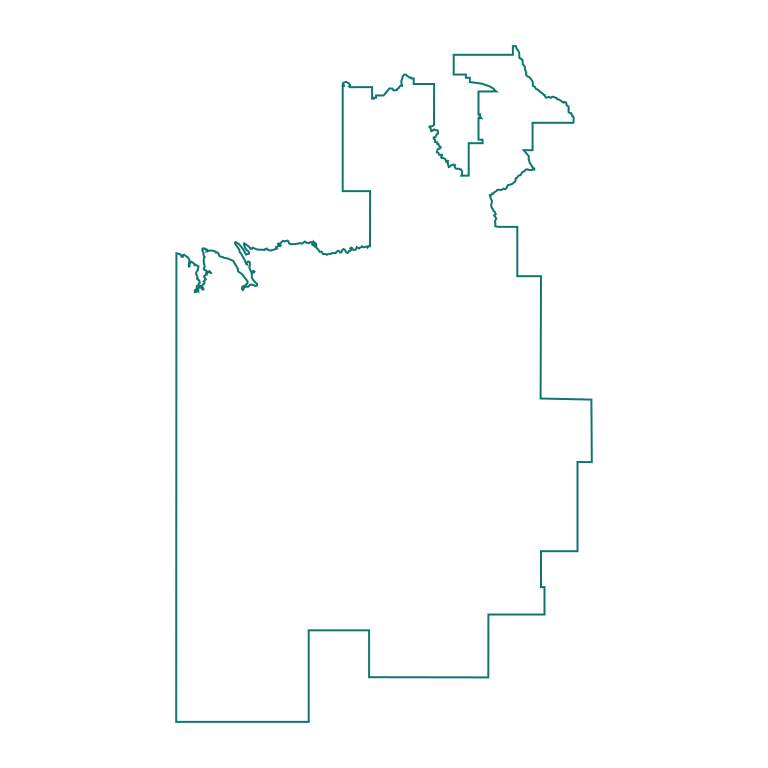 Victoria Daly, Northern Territory, Australia
{"feature_id": "25037944B16072859725230", "entity_name": "Victoria Daly", "entity_type": "district", "adm_level": 2, "iso_a3": "AUS", "parent_name": "Australia", "parent_adm1": "Northern Territory", "projection": "mercator", "projection_center": [130.631, -15.929], "detail": "fine", "context": "isolated", "style": "outline", "palette": "teal", "viewbox_px": 768, "rotation_deg": 0, "n_neighbors": 0, "source": "geoboundaries", "source_scale": "gbopen_adm2", "svg_char_len": 6026}
<svg xmlns="http://www.w3.org/2000/svg" viewBox="0 0 768 768"><path d="M176.2,721.9L308.7,721.9L308.7,630.3L369.1,630.3L369.1,677.2L488.3,677.4L488.4,614.5L544.5,614.5L544.5,587.1L541.0,587.1L541.0,551.2L577.5,551.2L577.5,462.0L591.8,462.1L591.4,399.6L540.6,398.5L541.0,276.2L517.3,276.2L517.3,226.9L498.0,226.9L495.2,226.1L495.4,223.2L494.8,221.5L496.3,218.4L494.1,215.4L495.6,214.4L495.6,213.6L494.6,211.7L493.4,210.9L493.0,209.4L491.6,207.5L491.2,205.1L492.0,201.1L489.9,196.3L490.3,196.0L490.0,195.0L491.7,194.7L492.3,193.4L493.4,193.6L494.2,192.3L496.2,191.2L497.2,190.0L498.7,189.7L500.8,190.1L503.5,188.7L505.2,189.3L506.5,188.0L507.7,185.3L512.1,184.0L514.7,181.9L515.5,181.0L515.7,178.3L517.0,177.8L518.6,175.6L520.5,175.2L522.1,172.4L525.1,170.6L525.5,169.7L527.4,169.3L529.5,170.1L531.7,170.0L533.2,168.7L534.6,170.3L534.1,168.5L532.4,167.1L529.8,162.8L528.7,159.5L528.7,156.1L523.7,150.2L532.6,150.2L532.6,122.8L573.2,122.8L573.6,121.3L573.7,117.7L573.3,116.8L572.1,116.0L572.2,115.0L571.5,114.5L571.3,113.2L569.2,112.7L568.6,112.2L568.5,109.4L568.9,108.8L568.5,107.9L568.6,106.6L566.6,105.3L566.2,102.5L564.3,101.9L564.0,102.5L563.3,102.6L559.1,99.6L557.2,99.2L556.6,98.0L555.6,97.9L554.6,97.2L552.4,96.7L550.9,97.9L548.9,96.9L546.2,97.8L545.2,96.7L544.7,95.0L543.5,94.7L542.6,93.4L540.5,92.2L538.1,89.8L535.9,88.8L534.9,86.9L533.1,86.1L532.7,84.9L532.9,82.6L532.3,80.9L529.4,77.1L527.9,76.7L525.9,74.7L526.3,72.9L524.8,68.7L525.0,67.0L522.8,64.1L522.5,59.9L521.5,59.5L521.2,58.6L519.4,58.0L519.2,52.8L518.2,50.6L516.8,49.2L515.8,46.1L512.9,46.1L512.9,54.8L453.7,54.8L453.7,74.5L465.9,74.5L465.9,77.8L469.8,77.8L469.8,82.0L481.9,83.7L489.0,86.1L492.8,88.2L494.2,89.4L494.2,89.9L496.1,91.4L478.5,91.5L478.5,114.5L480.0,114.4L480.0,115.4L479.5,115.8L481.3,118.2L478.5,118.0L478.5,139.7L482.5,139.7L482.6,143.2L468.7,143.2L468.7,175.6L461.3,175.7L462.0,174.3L462.1,171.3L461.7,170.6L460.9,169.4L460.1,169.5L459.2,168.7L456.3,168.8L455.5,168.3L454.5,166.5L455.1,165.3L454.6,164.7L452.6,164.7L450.5,165.8L449.2,167.2L448.8,167.1L447.7,163.3L447.9,160.9L447.1,160.8L446.6,161.8L446.2,161.8L445.4,159.2L443.3,158.0L441.8,158.1L441.3,157.7L441.2,156.8L442.1,155.4L442.0,154.8L439.3,154.9L438.5,153.1L436.8,152.1L437.8,149.1L440.1,148.4L440.7,147.1L438.9,145.8L438.6,144.2L437.3,143.9L437.2,142.3L435.2,142.1L435.1,139.5L433.8,138.8L433.5,138.1L433.9,137.4L435.7,136.7L436.5,134.6L438.0,133.5L437.8,130.6L437.3,130.2L435.4,130.3L434.1,129.4L431.8,131.2L431.2,131.1L430.6,128.4L428.8,126.3L429.7,126.8L430.9,126.2L431.7,126.4L434.0,125.1L434.1,84.0L413.7,84.0L413.7,78.4L411.4,78.5L410.9,77.5L409.8,77.7L406.7,75.6L406.2,74.7L404.2,74.6L402.8,76.3L401.2,82.0L402.1,85.8L400.7,85.6L399.3,86.8L398.8,88.0L397.1,89.0L396.9,90.0L393.8,90.5L392.3,88.6L389.4,88.5L383.6,95.5L376.1,95.4L376.1,97.6L373.8,97.7L373.8,98.7L372.1,98.7L372.1,87.1L349.9,87.2L349.0,86.3L350.0,85.6L350.1,85.0L348.9,83.4L346.1,81.9L343.2,82.8L343.0,83.6L344.2,85.8L343.8,86.0L342.7,85.4L342.7,191.1L370.1,191.1L370.0,246.2L369.0,245.9L367.7,247.5L367.3,246.5L363.9,247.3L362.0,246.3L361.6,247.1L360.0,247.6L359.0,248.5L356.8,247.0L355.8,249.6L353.3,250.0L352.0,248.0L351.0,247.6L350.3,248.4L351.0,249.3L350.7,250.6L349.0,251.0L348.2,252.5L347.4,253.0L346.1,252.2L344.8,249.7L343.3,249.1L341.9,250.4L341.5,252.3L340.0,252.4L338.6,250.8L338.2,250.8L336.5,251.8L335.6,253.2L332.4,253.0L330.9,253.9L328.3,253.9L327.0,254.8L325.9,254.1L323.0,254.0L321.4,251.6L319.6,251.8L318.0,249.2L316.8,248.3L316.4,247.0L315.3,246.9L314.5,246.0L316.2,245.5L316.1,243.8L314.5,242.5L314.9,243.6L313.6,245.2L312.6,245.2L312.1,243.5L313.3,242.7L312.5,242.1L310.3,242.1L308.9,243.2L307.5,242.7L306.4,242.9L305.0,241.5L302.1,243.6L301.0,243.6L300.1,243.1L295.3,244.1L290.4,244.1L289.1,243.4L288.4,241.3L287.7,240.8L286.7,240.6L284.9,241.4L282.7,240.8L280.3,243.5L278.1,243.7L278.2,244.8L279.6,244.4L280.7,245.2L280.2,246.0L279.2,245.9L276.0,247.1L276.9,248.6L276.5,248.8L270.6,250.6L267.0,249.4L266.8,248.6L263.9,249.6L264.0,249.9L257.0,249.5L252.7,247.7L252.2,247.9L252.1,248.6L250.7,248.9L249.0,246.7L244.3,243.3L243.9,244.4L245.3,248.3L246.9,250.4L248.4,251.3L249.1,252.8L249.1,253.5L246.0,254.6L242.7,248.5L238.9,244.1L235.9,242.2L235.3,242.2L235.0,242.8L235.2,243.9L238.8,248.9L239.5,250.4L239.5,252.0L240.8,253.1L245.1,260.9L246.2,263.9L246.9,264.3L246.5,262.7L248.0,261.6L249.3,261.7L249.7,262.2L249.9,264.5L249.4,267.7L251.0,271.7L251.6,272.1L253.6,270.8L254.5,271.6L254.2,272.1L253.5,271.9L252.7,272.9L251.7,273.1L251.9,277.6L253.4,280.4L257.1,284.0L257.0,285.4L255.3,286.1L253.7,285.0L251.5,284.6L250.1,284.8L248.3,286.7L244.8,286.8L243.5,288.6L243.4,289.6L242.7,289.9L241.9,288.8L242.3,286.9L242.7,286.3L243.6,286.3L245.3,285.3L247.2,283.7L247.6,282.5L247.4,281.1L241.8,273.9L238.1,271.4L237.8,268.6L233.1,260.8L227.5,258.4L224.5,257.9L224.4,258.8L224.3,257.9L222.5,256.9L221.1,256.8L219.5,256.1L218.7,254.0L217.5,252.5L215.7,252.4L215.7,251.9L213.6,250.8L210.4,250.5L206.5,251.5L207.2,249.7L205.0,249.1L204.6,250.0L204.9,248.6L203.1,248.3L202.3,249.1L202.3,250.3L203.2,252.0L203.6,255.3L204.7,257.0L203.9,257.5L203.8,258.7L203.7,262.7L204.7,266.3L203.7,269.0L204.1,269.6L205.8,270.3L207.5,272.0L209.4,271.2L210.8,272.9L211.8,272.4L210.8,273.1L209.0,271.5L207.1,273.3L206.4,275.5L206.5,273.8L207.1,272.6L206.4,272.1L205.9,274.8L204.1,276.2L204.4,277.4L205.6,279.1L205.2,279.2L205.4,279.6L203.9,281.2L204.4,281.4L204.3,283.7L203.0,284.4L201.6,286.7L203.0,287.7L203.5,289.4L202.8,289.6L200.5,287.4L199.3,287.4L200.2,285.9L199.7,285.9L198.2,289.2L198.3,291.1L197.5,290.3L196.4,291.9L194.9,292.1L194.8,290.5L196.8,288.5L196.8,286.0L198.1,285.3L199.1,283.3L199.8,282.9L199.2,280.5L198.4,280.1L198.1,279.1L197.1,278.8L197.5,277.3L196.2,274.2L196.2,272.3L197.4,271.0L198.5,266.4L194.9,264.2L194.7,265.4L194.3,265.9L194.7,264.2L191.6,261.7L190.7,262.2L189.3,265.1L189.5,266.4L189.0,266.6L188.7,265.2L189.5,259.9L188.1,257.6L184.0,254.7L182.6,255.2L182.9,256.7L181.4,256.7L181.4,256.0L179.9,254.1L176.4,253.3L176.2,721.9Z" fill="none" stroke="#0f766e" stroke-width="2"/></svg>